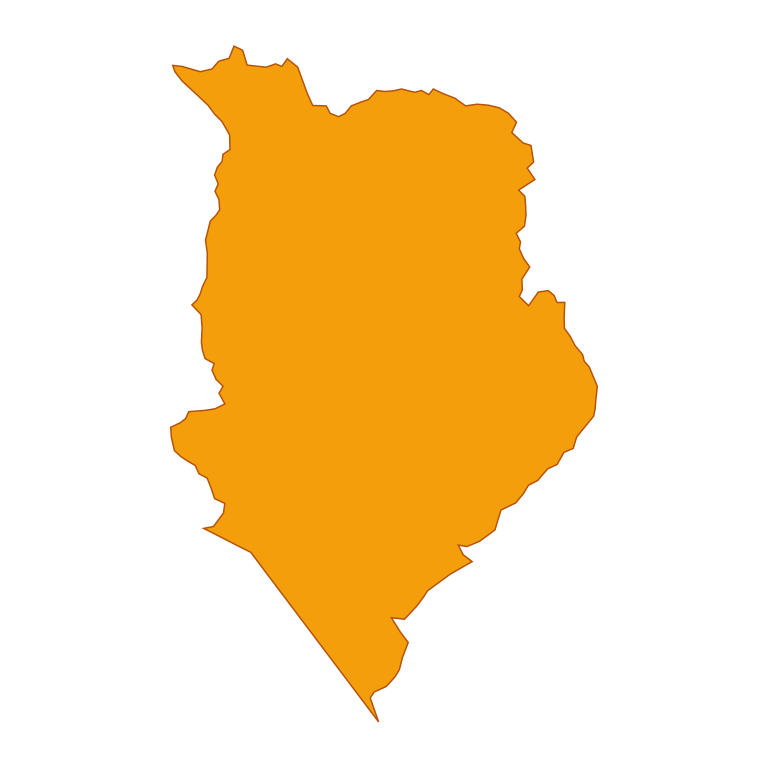 the district of Afogados da Ingazeira, Pernambuco, Brazil
{"feature_id": "56859067B67400829355924", "entity_name": "Afogados da Ingazeira", "entity_type": "district", "adm_level": 2, "iso_a3": "BRA", "parent_name": "Brazil", "parent_adm1": "Pernambuco", "projection": "albers", "projection_center": [-37.624, -7.752], "detail": "fine", "context": "isolated", "style": "filled", "palette": "amber", "viewbox_px": 768, "rotation_deg": 0, "n_neighbors": 0, "source": "geoboundaries", "source_scale": "gbopen_adm2", "svg_char_len": 2131}
<svg xmlns="http://www.w3.org/2000/svg" viewBox="0 0 768 768"><path d="M508.5,113.3L499.2,107.8L488.4,105.2L477.0,104.2L465.6,105.9L455.0,98.3L443.3,93.7L433.3,89.0L428.9,94.6L421.4,90.5L414.7,92.3L401.5,89.0L393.6,90.8L384.7,91.5L376.7,90.5L368.3,99.6L360.6,102.2L351.3,105.9L345.2,113.4L338.7,116.7L330.2,113.4L326.2,105.9L312.7,105.5L307.4,93.8L297.7,67.2L287.3,58.7L281.9,66.4L275.6,63.9L266.1,67.2L247.1,65.1L242.7,50.3L234.0,46.1L229.1,58.3L218.8,61.2L212.0,69.0L200.3,71.7L182.3,66.5L172.8,65.4L174.9,71.7L182.3,81.2L193.0,91.1L208.0,105.2L214.6,114.1L221.9,121.5L226.3,129.0L229.6,134.9L230.0,149.5L223.0,154.3L222.1,161.3L217.4,167.2L214.6,175.0L218.2,183.9L215.0,191.3L218.9,199.3L219.7,209.8L215.7,215.6L210.2,221.2L207.9,230.8L205.5,240.0L207.3,253.0L207.2,262.2L206.9,277.6L202.5,286.5L200.2,293.9L197.1,299.9L191.9,304.9L201.1,314.6L202.1,327.5L201.4,342.6L202.5,350.4L205.1,358.6L214.2,363.6L212.0,370.0L216.0,379.3L223.0,386.2L219.0,393.3L224.9,403.9L215.0,408.8L205.5,410.3L188.7,411.7L185.7,418.5L180.1,422.8L170.7,427.3L171.4,437.3L174.4,450.6L181.3,456.9L187.8,461.2L195.2,465.4L198.9,473.7L207.2,478.2L211.2,488.3L214.6,498.6L224.8,503.4L223.5,512.9L213.5,526.5L203.7,528.4L237.0,545.4L250.9,552.4L264.8,571.0L378.6,721.9L370.2,697.9L374.2,692.0L386.3,686.4L395.2,676.6L399.4,669.5L402.4,657.6L408.2,642.5L400.4,632.1L391.4,617.7L404.5,619.2L416.5,606.4L423.9,596.5L427.5,590.8L450.6,573.9L472.1,561.6L463.1,554.7L458.3,545.1L467.1,546.5L479.8,541.1L494.9,530.0L501.0,510.0L515.7,502.9L523.4,493.7L528.5,485.2L537.7,480.5L542.1,475.2L547.9,468.7L557.1,464.5L563.9,452.4L573.2,448.4L576.7,436.9L593.6,416.2L595.1,409.1L595.9,399.2L597.3,386.3L589.3,367.1L584.2,361.2L582.6,354.6L575.1,345.7L570.2,336.3L564.4,328.3L564.1,317.9L564.8,302.4L557.1,302.5L554.1,295.5L548.3,290.6L538.4,292.0L528.6,305.7L519.3,296.5L522.3,290.0L521.9,279.2L529.7,267.0L523.5,258.2L519.3,248.8L520.5,241.9L516.2,233.3L524.5,226.1L526.0,215.3L525.6,205.7L524.9,196.4L518.6,190.1L534.9,179.5L527.2,168.1L533.6,162.1L531.0,145.5L523.0,142.9L511.8,132.6L516.5,122.2L508.5,113.3Z" fill="#f59e0b" stroke="#b45309" stroke-width="1.5"/></svg>